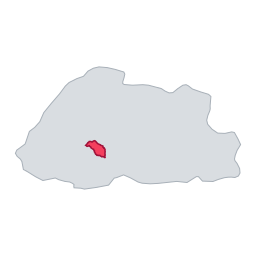 Daga, Wangdi Phodrang, Bhutan shown in context
{"feature_id": "84629894B46024490365368", "entity_name": "Daga", "entity_type": "district", "adm_level": 2, "iso_a3": "BTN", "parent_name": "Bhutan", "parent_adm1": "Wangdi Phodrang", "projection": "mercator", "projection_center": [89.96, 27.228], "detail": "fine", "context": "in_parent", "style": "filled", "palette": "rose", "viewbox_px": 256, "rotation_deg": 0, "n_neighbors": 0, "source": "geoboundaries", "source_scale": "gbopen_adm2", "svg_char_len": 4253}
<svg xmlns="http://www.w3.org/2000/svg" viewBox="0 0 256 256"><path d="M210.2,108.9L209.8,110.7L207.9,115.3L206.7,120.2L207.7,124.3L212.0,129.2L217.7,133.1L225.0,133.4L231.7,131.9L234.4,132.5L238.0,139.0L240.6,144.6L237.1,150.4L235.2,155.4L234.5,159.0L234.9,160.6L237.1,163.5L239.6,168.5L240.0,173.0L238.4,176.0L234.9,177.5L231.2,177.1L228.2,177.2L224.4,177.7L218.4,179.4L212.9,181.5L202.5,181.1L198.4,176.6L196.4,176.6L187.0,182.5L176.7,181.4L158.0,183.4L150.1,183.8L142.1,183.2L138.0,182.0L130.5,177.9L123.6,174.9L116.6,177.6L114.2,178.1L108.6,185.1L96.5,187.4L84.4,189.1L80.8,188.2L74.0,187.8L73.8,186.1L74.0,184.5L72.4,183.3L69.7,182.0L64.9,181.4L58.8,179.7L55.3,178.0L42.9,180.5L35.7,176.8L27.5,171.7L23.4,169.5L21.9,161.6L20.4,159.1L17.2,156.4L15.4,153.3L16.8,150.1L25.0,144.1L25.6,142.7L29.4,131.4L34.7,127.4L39.8,121.7L43.8,112.6L51.3,103.4L59.6,93.8L65.3,86.1L69.1,82.5L76.9,78.6L83.5,76.3L88.0,71.1L93.4,68.2L99.0,66.9L107.3,67.6L115.2,69.4L123.8,72.0L124.8,74.1L124.0,77.8L122.8,81.6L122.7,83.5L124.1,84.5L132.5,85.2L142.8,84.7L148.5,85.2L161.4,88.6L165.1,91.1L169.1,92.9L172.9,92.6L177.8,88.6L182.9,85.2L186.1,84.7L188.3,85.8L192.4,89.0L200.9,92.0L208.5,94.3L210.9,96.5L210.1,105.8L210.2,108.9Z" fill="#d9dde1" stroke="#a8b0b8" stroke-width="1"/><path d="M97.9,143.8L97.8,143.7L97.7,143.5L97.6,143.4L97.4,143.3L97.4,143.2L97.0,142.9L96.9,142.8L96.6,142.6L96.5,142.2L96.3,142.0L96.1,141.8L95.7,141.6L95.6,141.3L95.5,141.2L95.3,141.1L95.2,141.0L95.1,140.9L94.8,140.7L94.7,140.7L94.6,140.8L94.4,140.8L94.2,140.9L93.9,140.9L93.7,140.9L93.6,141.0L93.4,141.1L93.2,141.2L93.1,141.3L92.9,141.5L92.7,141.5L92.5,141.8L92.4,141.9L92.2,142.0L91.9,142.0L91.8,141.9L91.7,141.9L91.4,141.8L91.3,141.7L91.1,141.6L90.9,141.5L90.7,141.5L90.4,141.5L90.2,141.5L89.8,141.5L89.7,141.5L89.3,141.5L89.2,141.5L89.0,141.8L88.9,141.9L88.8,142.0L88.7,142.1L88.5,142.3L88.4,142.4L88.3,142.5L88.1,142.5L87.9,142.6L87.7,142.9L87.7,143.1L87.5,143.3L87.4,143.4L87.3,143.5L87.2,143.6L86.7,144.4L86.5,144.5L86.4,144.6L86.3,144.8L86.2,145.0L85.9,145.1L85.7,145.3L85.9,145.4L86.2,145.7L86.5,145.9L86.7,146.1L86.9,146.3L87.2,146.3L87.5,146.2L87.7,146.3L88.0,146.2L88.3,146.1L88.6,145.9L88.9,145.8L89.1,145.7L89.3,145.7L89.5,146.1L89.6,146.3L89.8,146.5L90.0,146.6L90.3,146.6L90.6,146.8L90.7,147.0L90.9,147.6L91.0,147.6L91.0,147.8L91.2,148.0L91.3,148.1L91.5,148.3L91.8,148.5L92.0,148.7L91.9,148.7L92.0,148.7L92.3,148.8L92.5,149.0L92.8,149.1L93.0,149.1L93.3,149.2L93.6,149.3L93.6,149.5L93.7,149.8L93.8,150.0L94.0,150.4L94.0,150.5L94.4,150.8L94.3,151.0L94.3,151.3L94.4,151.5L94.5,151.7L94.4,151.9L94.6,152.1L94.8,152.3L95.1,152.8L95.2,153.1L95.2,153.4L95.2,153.5L95.3,153.6L95.5,153.8L95.6,154.2L95.8,154.3L96.0,154.3L96.2,154.5L96.3,154.5L96.5,154.6L96.5,154.8L96.7,155.0L96.8,155.3L97.0,155.4L97.4,155.4L97.5,155.4L97.7,155.2L97.9,155.2L98.0,155.2L98.3,155.4L98.4,155.5L98.5,155.5L98.8,155.5L99.0,155.5L99.4,155.4L99.5,155.4L99.9,155.4L100.0,155.4L100.1,155.5L100.2,155.8L100.3,156.0L100.6,156.1L100.9,156.2L101.0,156.3L101.4,156.5L101.5,156.6L101.8,156.8L101.9,156.7L102.0,156.7L102.4,156.6L102.7,156.6L102.8,156.7L103.0,156.7L103.3,156.7L103.6,156.7L103.7,156.8L103.8,156.9L103.9,157.0L104.2,157.2L104.3,157.3L104.4,157.5L104.7,157.6L104.8,157.6L104.9,157.8L105.0,157.9L105.0,158.0L105.1,157.7L105.1,157.4L105.1,157.2L104.8,157.1L104.8,156.8L104.7,156.7L104.8,156.4L104.7,156.2L104.8,156.0L104.8,155.8L104.8,155.6L105.1,155.3L105.2,155.2L105.1,154.9L105.0,154.7L105.1,154.3L105.0,154.2L105.0,153.9L105.0,153.6L104.9,153.4L104.9,153.2L105.0,153.1L105.0,152.9L105.0,152.7L105.0,152.4L105.1,152.2L105.2,151.9L105.2,151.7L105.1,151.4L105.0,151.2L105.0,150.9L104.9,150.8L104.9,150.7L105.0,150.5L105.0,150.4L105.1,149.9L105.0,149.5L105.0,149.4L104.9,149.2L104.7,148.9L104.6,148.6L104.5,148.4L104.4,148.4L104.2,148.3L103.9,148.3L103.9,148.2L104.0,148.1L104.0,147.9L103.9,147.9L103.8,147.7L103.7,147.7L103.4,147.5L103.2,147.4L103.2,147.2L103.0,146.9L102.8,146.8L102.8,146.7L103.0,146.3L103.0,146.2L102.9,146.0L102.5,145.9L102.1,145.7L101.8,145.6L101.0,145.4L100.7,145.3L100.5,145.2L100.4,145.1L100.4,144.8L100.2,144.7L99.9,144.6L99.6,144.5L99.3,144.4L99.2,144.3L99.0,144.2L98.8,144.2L98.6,144.1L98.4,144.0L98.2,143.9L97.9,143.8Z" fill="#f43f5e" stroke="#9f1239" stroke-width="1.5"/></svg>